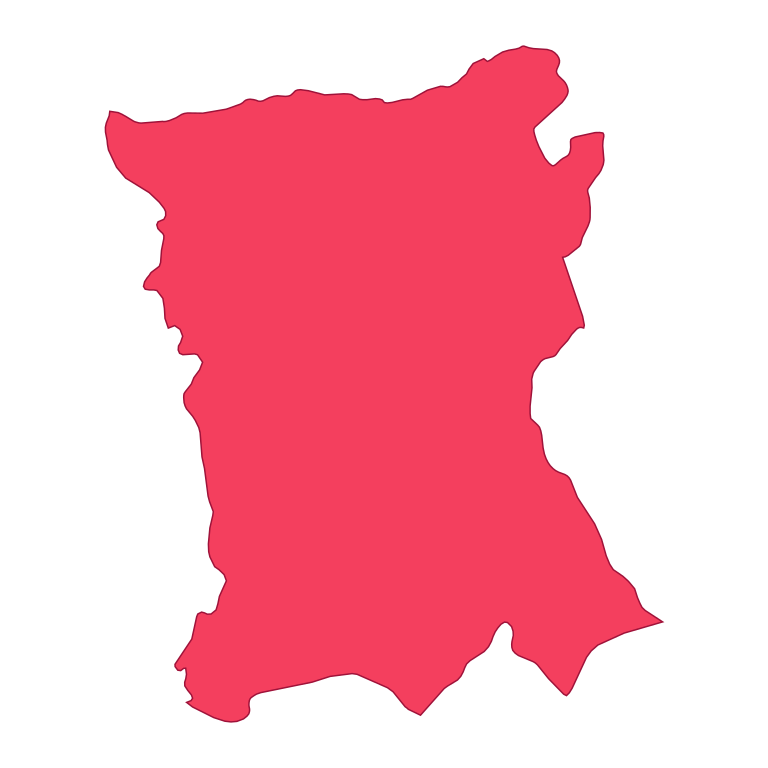 outline of San Pedro
{"feature_id": "PRY-606", "entity_name": "San Pedro", "entity_type": "Department", "adm_level": 1, "iso_a3": "PRY", "parent_name": "Paraguay", "parent_adm1": "", "projection": "natural_earth1", "projection_center": [-56.605, -24.173], "detail": "fine", "context": "isolated", "style": "filled", "palette": "rose", "viewbox_px": 768, "rotation_deg": 0, "n_neighbors": 0, "source": "natural_earth", "source_scale": "10m", "svg_char_len": 4655}
<svg xmlns="http://www.w3.org/2000/svg" viewBox="0 0 768 768"><path d="M662.6,621.9L624.1,633.1L597.9,645.0L591.2,650.9L586.5,657.3L572.1,688.3L569.3,692.8L566.5,695.6L563.7,694.2L548.6,678.7L537.5,664.9L535.4,663.0L533.3,661.7L518.4,655.5L515.1,653.1L512.8,650.4L511.9,647.5L511.7,644.4L512.0,641.5L513.3,635.5L513.1,631.3L511.6,626.6L507.5,622.5L504.5,622.1L501.0,624.2L497.9,627.8L495.2,631.8L493.0,636.6L491.4,641.3L488.5,646.7L484.2,651.5L470.1,660.6L466.6,663.9L464.7,667.8L463.2,671.8L460.8,676.3L457.5,680.0L447.6,686.0L444.2,688.5L420.5,715.2L408.3,709.3L406.8,707.9L405.1,706.7L393.1,691.8L387.5,687.7L357.1,674.3L352.1,673.6L330.1,676.4L312.3,682.1L260.9,692.6L256.5,694.1L254.0,695.6L251.0,697.7L250.0,699.0L249.4,700.4L249.0,702.6L248.9,704.7L249.0,706.1L249.5,708.6L249.6,710.1L249.4,711.8L248.8,713.8L247.0,716.1L243.5,718.9L236.9,721.4L231.0,721.9L224.9,721.2L213.8,717.6L192.6,707.0L186.6,702.4L191.1,700.6L192.6,698.2L191.4,694.9L187.7,690.3L184.8,685.9L184.7,682.3L185.8,678.7L186.5,674.3L185.7,668.2L183.6,668.4L180.7,670.6L177.8,670.2L175.1,666.6L175.0,664.3L191.8,639.1L196.7,616.7L197.8,614.0L201.6,612.1L204.5,612.9L207.3,614.2L211.1,614.0L216.1,609.9L217.9,603.8L219.4,596.4L226.4,580.8L224.1,574.6L219.0,569.7L214.7,566.7L212.3,561.8L209.9,556.9L208.7,551.7L208.4,543.9L209.9,527.9L212.8,515.4L213.3,511.6L209.6,501.8L208.1,496.2L204.5,468.4L202.0,456.9L200.1,432.7L198.8,427.6L195.3,420.4L192.7,416.3L186.5,408.8L185.1,405.9L184.1,402.6L183.7,397.5L183.8,395.2L184.1,393.6L185.4,391.6L191.3,384.1L193.9,377.6L199.6,369.9L202.6,362.2L197.5,354.7L194.5,353.9L182.8,354.7L179.6,353.3L178.2,350.0L178.5,346.0L180.6,342.5L182.7,336.2L180.1,329.4L174.7,325.6L168.3,328.1L165.0,318.4L164.4,308.1L162.9,298.4L156.9,290.5L153.7,289.9L149.2,289.9L145.2,289.2L143.5,286.4L144.6,281.8L147.1,277.9L149.5,275.0L150.6,273.1L151.9,271.9L159.3,266.3L160.6,262.5L161.5,250.3L163.8,238.7L163.9,235.7L162.8,233.5L160.4,231.3L157.9,228.6L156.8,224.8L158.1,221.8L163.9,219.3L165.7,215.7L165.6,211.6L164.1,208.4L159.2,202.1L149.2,192.6L125.7,178.1L116.6,167.3L108.5,150.0L107.5,144.6L107.1,140.3L105.5,132.1L105.4,127.3L106.3,123.1L109.2,115.8L109.8,111.3L118.2,112.6L122.2,114.4L123.7,115.3L125.4,116.2L133.8,121.3L135.3,121.9L138.9,122.9L141.1,123.1L162.8,121.4L163.6,121.6L166.1,121.4L169.6,120.5L176.1,117.8L181.7,114.4L184.2,113.5L187.6,113.0L202.8,113.2L226.2,109.2L240.5,104.1L242.9,102.6L244.2,101.3L245.7,100.2L247.7,99.5L250.0,99.2L253.4,99.6L255.9,100.2L258.5,101.2L260.6,101.3L263.0,100.8L269.4,97.6L273.8,96.3L277.3,95.8L285.6,96.4L288.3,96.1L290.5,95.4L292.5,93.7L295.4,90.8L297.5,90.0L300.4,89.7L308.3,90.7L324.7,94.9L343.7,93.8L348.4,94.0L351.7,94.6L359.5,99.3L362.7,99.7L367.0,99.7L375.5,98.6L379.5,99.0L382.2,99.9L384.4,102.6L387.4,103.0L392.3,102.4L402.7,99.8L407.5,99.3L410.6,99.3L412.9,98.3L427.4,90.2L440.5,86.3L443.4,86.4L445.4,86.8L447.4,87.0L449.9,86.7L457.6,82.3L462.0,77.7L466.5,74.0L469.1,69.0L473.2,63.5L483.8,58.7L487.3,61.4L488.7,60.9L491.3,59.5L495.0,56.5L502.6,52.0L508.8,50.2L515.6,49.1L519.2,48.1L522.2,46.3L523.9,46.1L529.0,47.8L533.3,48.6L547.1,49.5L551.8,50.9L554.6,52.7L557.2,55.3L558.8,58.0L559.5,60.5L559.4,62.8L558.6,65.3L556.9,69.2L556.4,71.3L556.8,73.2L558.3,75.7L563.8,81.0L565.1,82.6L566.5,85.0L567.5,87.7L568.0,89.9L568.1,91.3L567.7,93.4L566.9,95.5L564.7,99.0L562.0,102.5L535.0,127.0L533.8,129.0L533.9,131.6L534.7,135.0L536.3,140.2L538.9,146.7L544.8,158.2L548.8,163.1L552.1,165.7L553.8,165.7L555.6,164.6L560.6,160.1L562.9,158.4L566.6,156.4L568.3,155.1L569.5,153.2L570.3,150.7L570.7,147.3L570.5,141.6L570.9,139.5L572.2,138.4L575.1,137.0L595.1,132.6L599.6,132.5L602.9,133.0L603.7,134.5L603.8,136.4L603.0,140.8L602.7,145.8L603.9,160.2L603.6,162.5L603.2,164.7L601.0,170.3L599.0,173.5L595.5,177.7L588.2,188.4L587.6,190.0L587.7,192.0L589.3,198.0L590.2,207.5L590.1,217.5L589.9,219.9L589.4,222.0L588.0,225.9L582.3,237.6L580.6,244.2L579.9,245.5L579.2,246.4L568.2,255.3L565.2,256.8L562.6,257.3L582.6,316.3L584.3,325.2L583.7,328.0L581.7,327.5L580.9,327.4L579.4,327.5L578.1,328.1L576.6,329.1L571.7,334.4L567.6,340.5L560.2,348.5L556.0,354.6L554.7,355.8L553.0,356.6L545.1,358.6L543.4,359.5L542.0,360.5L540.6,361.7L534.2,371.2L533.2,373.1L531.7,379.1L532.0,387.8L530.1,406.1L530.1,413.5L530.7,418.5L537.7,425.1L539.5,427.3L540.8,430.9L541.7,435.3L543.1,448.0L544.4,454.1L546.1,458.8L548.0,462.5L550.2,465.7L553.0,468.6L555.6,470.6L558.6,472.2L564.8,474.5L567.2,475.9L569.1,477.8L570.6,480.2L577.4,497.4L594.6,523.8L601.6,539.5L606.2,555.8L609.7,564.2L613.3,569.7L622.9,576.3L628.4,581.3L634.6,588.7L637.5,597.7L639.9,603.3L642.0,607.4L645.2,610.5L662.6,621.9Z" fill="#f43f5e" stroke="#9f1239" stroke-width="1.5"/></svg>